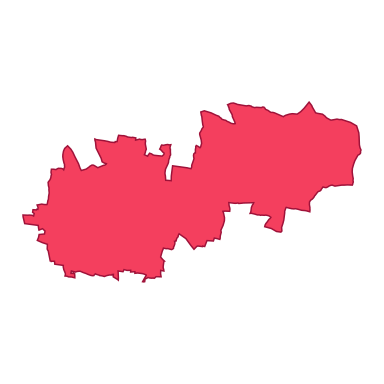 the district of Temozón, Yucatán, Mexico
{"feature_id": "50627088B86560413355092", "entity_name": "Temozón", "entity_type": "district", "adm_level": 2, "iso_a3": "MEX", "parent_name": "Mexico", "parent_adm1": "Yucatán", "projection": "albers", "projection_center": [-88.068, 20.894], "detail": "fine", "context": "isolated", "style": "filled", "palette": "rose", "viewbox_px": 384, "rotation_deg": 0, "n_neighbors": 0, "source": "geoboundaries", "source_scale": "gbopen_adm2", "svg_char_len": 5996}
<svg xmlns="http://www.w3.org/2000/svg" viewBox="0 0 384 384"><path d="M39.0,230.1L42.5,228.7L45.0,231.0L44.5,234.0L39.1,234.5L38.5,237.5L37.3,240.4L42.3,242.6L47.4,244.3L47.2,249.0L47.6,250.0L48.2,250.8L50.2,260.9L50.8,260.9L51.2,261.5L52.6,261.2L54.5,261.3L54.8,264.2L63.3,265.4L63.2,266.8L63.8,269.6L65.3,273.2L65.4,274.5L65.0,276.0L66.9,276.2L68.7,276.9L71.5,277.0L74.8,277.8L74.8,275.8L74.6,273.5L73.2,273.5L73.2,273.0L71.6,273.4L71.0,273.4L71.0,272.7L71.4,271.0L75.4,272.0L77.4,271.4L80.1,271.2L83.1,272.5L86.3,273.6L87.5,274.2L90.8,275.4L92.4,275.7L93.8,275.6L94.2,275.0L95.4,273.8L96.2,274.3L99.0,275.1L99.5,275.5L102.3,275.9L104.3,276.5L106.7,275.6L109.4,275.0L112.0,275.0L112.1,274.5L113.4,274.4L113.2,276.8L117.3,279.3L118.3,280.1L118.4,278.0L118.1,271.0L123.0,271.7L124.0,269.6L127.0,270.4L130.7,270.3L130.6,272.0L134.9,271.7L134.9,273.3L137.6,273.0L141.7,273.5L143.3,273.8L146.1,274.9L146.3,275.2L144.4,278.4L142.6,281.7L143.7,281.9L144.7,281.7L145.1,278.7L146.4,278.5L148.0,277.5L149.7,278.0L151.9,278.2L153.2,278.0L154.1,278.3L154.6,278.1L155.9,276.8L156.4,276.7L161.1,276.8L160.6,273.8L160.7,270.4L163.9,271.0L163.7,269.5L163.2,267.8L163.2,266.3L163.9,261.2L164.4,261.1L162.7,259.5L160.6,257.0L162.3,251.0L163.0,249.5L163.4,248.1L166.1,248.7L167.9,248.6L171.5,249.6L171.9,249.5L173.3,248.6L173.5,248.3L173.6,246.8L174.1,246.1L174.8,244.0L174.9,242.6L174.7,241.9L174.9,242.0L175.4,240.7L176.1,240.9L176.7,238.4L177.9,237.0L178.2,236.3L178.2,235.5L179.1,233.8L185.9,238.6L191.0,245.6L194.0,249.3L196.8,246.4L197.8,246.0L202.5,246.6L202.6,246.1L204.7,246.5L207.0,240.6L213.4,241.0L214.3,238.1L217.4,238.7L219.8,239.4L220.1,238.6L220.3,235.8L221.2,232.4L220.9,230.2L223.1,225.3L224.4,220.8L224.5,217.7L223.5,212.9L222.9,211.3L225.2,211.1L229.7,211.3L229.9,209.3L229.8,208.1L229.1,205.6L228.8,202.6L234.7,203.3L235.8,203.3L238.0,203.0L238.8,203.5L243.5,203.0L253.7,202.7L253.1,204.2L252.4,205.0L251.4,207.5L250.9,211.6L250.1,213.4L251.4,213.3L254.8,214.1L257.3,214.9L259.2,214.9L260.6,215.3L261.5,215.1L264.2,215.3L265.9,215.1L268.1,215.6L269.2,216.0L270.9,217.3L270.1,218.5L269.0,219.3L267.0,222.2L265.9,223.5L265.1,225.0L264.7,226.7L271.3,228.5L276.5,231.5L280.9,232.1L281.9,231.0L281.6,227.4L282.9,223.5L283.8,220.0L284.7,212.9L284.7,211.2L285.9,207.8L286.2,207.4L291.7,208.7L293.9,208.9L295.5,208.7L297.8,209.2L301.7,210.3L305.2,210.6L307.1,211.0L309.8,211.8L310.0,209.9L309.9,209.1L309.9,207.5L309.4,204.6L309.5,201.9L310.6,200.3L311.7,199.4L312.2,199.2L313.4,197.9L314.2,196.8L314.7,195.7L315.2,195.3L317.7,192.0L318.4,191.5L320.1,190.9L321.0,190.1L321.1,189.6L323.0,187.0L325.3,187.6L326.2,187.6L327.6,187.0L329.3,185.9L330.9,185.3L332.1,185.1L334.9,186.1L341.8,185.1L344.3,185.1L347.4,184.9L352.3,185.1L352.7,184.2L352.9,183.1L353.3,182.0L353.0,180.5L353.2,178.5L352.7,176.0L352.2,171.9L352.4,168.4L353.6,164.2L354.9,160.6L357.8,155.4L358.3,154.9L359.3,154.5L360.4,153.4L360.6,152.6L360.5,151.6L361.0,150.0L360.0,147.7L359.4,144.9L359.1,136.7L358.8,132.8L356.6,125.9L350.5,122.4L341.5,119.5L339.5,119.6L337.0,119.1L334.2,119.6L331.4,120.1L330.5,120.0L327.0,118.1L325.8,117.1L325.2,116.3L322.5,114.2L317.3,113.3L315.6,112.8L312.1,106.7L312.1,106.3L311.4,105.1L309.1,102.1L304.1,108.3L300.7,111.7L297.5,113.9L297.1,114.1L292.3,113.7L289.5,114.1L285.6,115.3L283.8,116.3L283.4,116.7L274.6,112.9L272.8,112.4L270.8,112.4L268.0,110.4L265.5,109.3L264.9,108.1L264.4,107.8L264.0,107.2L262.7,107.0L261.3,107.6L256.5,107.3L254.5,107.6L251.9,106.8L251.4,106.2L248.9,105.5L246.3,105.9L237.3,104.4L236.0,103.8L233.4,103.0L230.8,103.3L227.6,104.7L228.4,106.0L228.4,106.7L228.9,107.4L229.3,109.5L232.2,114.8L232.4,116.7L234.8,122.0L235.2,123.6L234.9,123.7L233.6,123.8L231.0,123.3L229.2,122.2L227.2,121.4L225.7,120.3L224.9,120.2L222.0,119.3L220.9,118.0L219.9,117.4L218.8,116.2L216.0,115.2L211.2,112.9L204.3,110.8L200.8,112.0L201.4,115.5L201.8,116.4L202.3,121.2L202.8,124.9L203.3,126.4L203.3,127.1L202.0,128.7L201.3,130.5L199.7,133.1L199.7,134.5L201.2,140.0L201.6,143.4L200.6,147.0L200.0,147.7L198.3,146.5L196.3,145.5L195.7,146.5L195.8,147.5L195.4,149.3L195.4,152.8L195.0,152.7L193.8,153.9L193.5,155.5L193.7,157.4L194.0,158.2L193.6,159.9L191.7,165.3L191.7,167.0L191.0,168.7L187.1,167.8L172.6,165.8L171.3,176.0L171.2,180.7L168.0,180.4L165.7,180.3L165.4,175.9L165.0,173.9L165.0,172.5L165.5,169.2L168.0,163.8L168.5,162.4L168.7,160.2L169.2,158.6L169.7,157.5L169.7,156.5L170.6,154.9L170.4,152.0L170.4,149.1L170.1,148.9L170.0,148.1L170.1,146.9L170.8,144.7L169.1,144.9L167.8,144.5L166.1,144.7L163.4,145.3L161.7,145.0L161.0,146.1L160.5,147.7L159.7,149.1L161.1,150.1L162.8,152.1L164.0,153.0L164.1,153.3L163.8,154.6L162.1,156.1L154.3,155.3L153.0,154.9L151.6,153.9L149.6,153.2L147.9,155.5L147.6,156.2L144.4,154.7L145.3,152.7L145.6,151.0L146.3,149.2L145.4,144.5L145.3,143.0L145.6,141.1L145.2,139.2L144.5,139.2L142.6,139.6L140.6,139.5L139.7,139.1L135.6,140.1L135.8,137.9L132.6,137.3L131.4,137.5L127.6,137.0L126.2,136.3L123.9,135.7L122.5,135.7L118.6,135.3L117.7,138.3L117.1,141.6L115.2,141.6L115.1,142.3L114.7,142.5L110.6,142.2L107.8,141.4L104.1,140.7L96.2,139.6L94.9,139.0L94.9,140.1L95.5,142.1L96.1,148.1L101.2,158.4L102.1,161.8L104.4,163.1L106.4,163.7L106.1,164.2L104.7,165.2L103.6,165.3L97.8,167.7L94.2,165.5L93.2,165.1L91.9,165.1L89.8,166.3L89.5,166.7L86.2,169.1L81.3,170.5L80.0,168.0L78.5,163.7L74.9,156.7L72.8,152.2L70.8,149.1L67.6,145.8L64.7,148.4L63.5,151.1L62.9,154.5L62.8,156.6L62.9,157.5L63.2,159.7L64.0,163.1L64.5,164.3L64.5,165.9L64.7,167.1L64.4,167.5L63.7,169.8L62.9,168.9L61.4,168.4L58.4,168.3L57.4,168.7L56.0,169.6L53.4,169.2L51.4,169.2L51.0,172.3L51.5,174.7L51.1,175.6L50.8,177.7L50.1,179.6L48.1,182.3L48.4,185.7L49.0,187.9L48.9,189.8L49.2,193.0L48.6,196.3L48.4,199.3L47.9,200.5L47.3,203.8L46.9,204.6L44.1,204.5L41.7,204.1L37.1,205.0L38.1,207.6L37.8,209.4L36.8,209.2L36.4,209.9L33.0,209.7L32.6,212.3L34.2,213.5L33.6,216.0L32.5,215.4L31.3,215.2L29.5,215.1L27.5,215.2L23.0,215.0L23.1,216.9L24.7,223.6L38.2,225.4L38.7,228.9L39.0,230.1Z" fill="#f43f5e" stroke="#9f1239" stroke-width="1.5"/></svg>